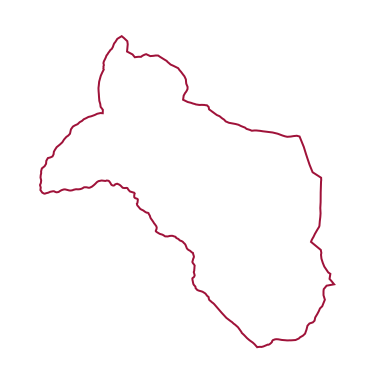 the district of Bara, Samchi, Bhutan, rotated 97°
{"feature_id": "84629894B92719198389791", "entity_name": "Bara", "entity_type": "district", "adm_level": 2, "iso_a3": "BTN", "parent_name": "Bhutan", "parent_adm1": "Samchi", "projection": "equal_earth", "projection_center": [88.859, 27.193], "detail": "fine", "context": "isolated", "style": "outline", "palette": "rose", "viewbox_px": 384, "rotation_deg": 97, "n_neighbors": 0, "source": "geoboundaries", "source_scale": "gbopen_adm2", "svg_char_len": 5869}
<svg xmlns="http://www.w3.org/2000/svg" viewBox="0 0 384 384"><g transform="rotate(97 192 192)"><path d="M338.1,108.4L337.8,107.9L337.7,107.0L337.4,105.8L337.3,104.1L336.6,102.3L334.7,99.0L334.3,98.4L334.3,97.6L333.7,96.5L332.2,95.1L331.2,94.4L330.0,94.2L329.4,93.8L329.0,93.4L328.4,92.1L328.1,91.6L327.8,90.1L327.7,88.4L327.9,84.9L327.7,79.5L327.1,75.3L326.3,71.2L324.4,68.1L323.1,67.1L321.1,64.4L318.8,62.5L314.7,61.6L310.7,61.1L308.2,59.4L306.7,56.2L304.8,54.7L301.5,54.4L297.7,52.7L294.5,51.5L292.0,50.8L289.5,48.8L286.0,47.9L282.7,47.0L278.4,48.9L274.3,49.4L272.4,49.4L268.6,47.0L266.3,39.7L263.6,42.5L261.5,44.9L256.4,44.7L255.2,47.0L249.9,51.6L246.5,53.5L242.4,55.4L238.6,56.3L236.7,56.2L233.8,57.1L227.0,67.8L225.3,67.4L223.2,66.6L221.9,66.0L220.4,65.5L218.6,64.9L216.5,64.0L214.6,63.2L211.1,61.6L210.0,61.4L205.4,61.6L201.3,61.6L197.5,61.8L192.3,62.7L186.4,63.1L180.3,63.8L176.8,64.2L165.9,65.2L164.4,65.2L162.1,65.6L157.7,74.7L150.7,78.6L145.5,81.1L140.4,83.5L133.7,86.5L123.8,92.0L123.4,94.8L124.1,97.9L124.9,100.6L125.6,104.2L125.4,106.4L124.9,109.1L123.7,114.1L123.1,119.3L123.1,121.9L123.1,124.4L123.1,125.9L123.1,127.8L123.1,129.3L123.0,131.6L123.1,135.9L123.3,137.5L123.9,140.1L123.3,142.2L122.7,145.6L121.6,147.3L121.2,149.0L120.5,151.6L119.6,154.1L119.2,157.1L118.8,163.8L117.8,167.2L116.3,168.9L115.2,171.1L113.4,173.9L112.6,176.7L107.9,185.1L105.5,185.9L104.1,187.8L104.2,189.0L104.1,190.4L104.3,192.6L104.7,195.5L104.6,198.9L104.3,200.0L104.1,201.7L103.6,203.9L103.2,207.2L101.5,212.1L97.3,212.0L96.1,211.5L94.6,210.9L93.3,210.1L91.9,209.5L90.4,209.0L88.2,209.2L85.2,210.9L83.0,211.4L81.0,211.8L78.1,213.6L76.5,215.2L74.1,217.5L72.5,219.3L70.8,220.8L69.0,225.9L68.1,228.8L67.0,230.4L65.9,232.1L65.0,233.1L63.6,236.2L61.6,240.5L60.7,242.2L60.9,244.5L61.6,247.1L62.2,250.0L60.8,254.3L61.5,255.8L62.8,257.8L64.0,259.0L64.4,262.0L65.2,265.2L62.7,267.8L60.5,273.6L53.2,273.8L50.2,274.6L47.4,278.4L45.9,280.8L49.1,284.8L50.6,285.5L52.5,286.4L54.1,287.4L55.6,287.8L57.6,288.2L59.8,289.1L61.0,290.3L62.8,291.2L63.9,291.9L65.9,292.8L66.9,293.5L68.3,293.8L70.3,294.4L73.1,295.4L74.9,295.6L76.8,294.9L78.0,295.2L79.1,295.0L80.4,295.0L81.2,294.5L84.2,295.6L87.7,296.7L90.4,297.1L93.8,297.6L97.6,297.5L100.2,297.5L103.3,297.0L106.2,296.4L108.9,295.9L112.8,295.1L115.8,293.8L118.6,293.1L121.3,290.5L124.7,290.2L124.8,292.5L125.9,295.6L127.4,297.9L129.1,301.2L130.1,303.9L131.7,306.2L133.0,308.3L134.8,309.8L136.4,312.0L138.6,313.8L140.2,316.4L141.6,318.2L144.6,319.8L149.0,320.2L151.1,321.7L152.6,323.4L155.5,325.4L158.5,326.8L161.0,328.9L164.0,331.8L167.1,333.3L168.9,334.0L171.5,334.0L173.7,334.8L174.9,336.7L175.9,339.2L178.8,340.4L181.8,340.3L184.3,341.4L186.9,343.9L189.8,344.3L191.8,344.0L193.8,344.2L196.2,344.1L198.9,343.1L201.5,343.1L203.6,343.7L206.0,342.7L208.5,342.7L210.9,340.5L211.6,338.6L211.6,337.9L211.0,336.7L210.2,334.6L209.9,334.1L209.1,332.8L208.6,331.3L208.2,330.0L208.1,329.0L208.4,328.3L208.7,327.2L208.8,326.4L208.5,325.2L208.2,324.4L207.8,323.9L207.3,323.4L206.1,321.7L205.5,320.5L205.0,319.3L204.9,318.5L204.9,318.0L205.1,316.3L205.4,314.2L205.4,313.7L205.4,313.0L205.0,311.4L204.7,310.6L204.2,309.8L204.0,309.1L203.6,308.2L203.3,306.8L203.3,306.0L203.2,305.4L203.1,304.5L202.9,303.9L202.7,303.1L202.0,301.7L201.8,301.3L201.1,300.5L200.5,299.7L200.4,299.1L200.2,297.6L200.2,296.9L200.4,295.4L200.2,294.1L199.6,293.1L199.0,292.1L197.9,291.0L197.2,290.3L195.8,289.1L193.7,287.5L192.6,286.1L192.3,285.2L191.7,283.4L191.6,282.6L191.6,281.1L191.6,280.1L191.6,279.4L191.4,278.8L191.0,278.1L191.0,276.5L191.3,275.7L192.6,274.4L194.0,273.4L194.7,272.8L195.1,271.8L195.2,270.9L194.9,270.0L194.5,269.6L194.0,269.4L193.6,268.9L192.9,267.3L193.2,266.4L193.3,265.8L193.5,265.3L194.0,264.2L194.7,263.2L195.7,262.0L196.2,261.4L196.3,260.4L196.3,259.7L196.3,259.1L196.1,258.4L195.9,257.6L196.0,256.6L196.7,256.1L197.8,255.1L198.4,254.4L199.1,253.5L199.2,252.7L199.4,251.5L199.6,250.6L199.7,249.5L200.4,248.7L201.4,248.9L201.9,248.9L202.6,248.9L204.1,248.7L204.6,248.3L204.9,247.8L205.1,247.3L205.2,246.6L205.3,246.0L205.7,245.1L206.3,244.8L209.0,244.8L209.7,244.9L210.3,245.3L210.9,245.1L211.7,244.8L212.1,244.5L213.0,243.5L214.8,241.6L215.2,241.1L215.9,239.2L216.2,238.3L216.4,237.8L217.0,236.9L217.2,236.5L217.7,235.4L218.0,234.6L218.0,234.0L218.0,233.3L218.3,232.6L219.0,232.3L220.6,231.0L222.2,230.3L223.2,229.7L224.7,228.3L226.4,226.8L227.8,225.7L228.5,224.9L230.4,223.2L231.6,222.7L232.4,222.7L233.1,222.7L234.8,223.2L235.4,223.1L235.9,222.4L236.2,221.8L237.4,219.1L237.6,218.3L237.9,216.4L238.2,215.5L238.6,214.6L239.2,213.6L239.3,212.8L239.2,211.9L239.1,210.9L238.9,210.2L238.2,208.4L238.0,207.0L237.9,206.2L238.0,205.4L238.3,204.1L238.5,202.9L239.1,202.4L239.6,201.9L239.9,201.0L240.1,200.3L240.6,199.4L241.4,198.4L241.8,197.4L241.9,196.5L242.6,195.0L243.6,193.9L244.1,193.1L244.9,192.3L245.3,192.0L245.8,191.7L246.4,191.4L247.1,191.0L248.3,190.4L248.8,190.0L249.3,189.4L249.9,188.5L250.6,186.7L252.0,184.7L252.3,183.7L253.6,183.2L254.5,182.8L255.6,182.3L256.3,182.2L257.7,182.5L258.3,182.7L259.9,182.9L260.6,183.0L261.3,183.1L262.0,182.8L262.5,182.4L263.8,181.1L264.7,180.4L265.1,180.4L266.4,180.4L267.3,180.3L268.4,180.3L269.8,180.2L270.4,180.3L271.3,180.5L272.1,180.1L273.4,179.6L274.3,179.2L274.8,179.3L275.7,179.5L276.4,179.9L277.3,180.9L277.8,181.1L278.3,181.0L279.2,180.8L280.0,180.5L281.3,180.1L282.2,179.8L283.4,179.3L284.2,178.6L285.1,177.5L285.7,177.0L287.0,176.7L288.0,175.5L288.5,175.0L288.9,173.9L289.1,173.0L289.4,170.9L289.7,169.4L290.7,167.2L291.0,166.6L291.9,165.5L292.9,164.7L294.3,162.7L295.9,162.3L296.8,161.8L297.2,161.5L298.2,159.9L298.9,159.0L299.6,157.7L300.5,156.4L308.3,147.8L312.8,142.5L315.6,137.7L316.2,136.5L317.6,134.6L318.4,133.1L320.6,129.9L324.8,126.0L325.7,125.5L327.6,122.9L330.4,119.5L332.1,116.9L333.1,115.1L334.0,113.4L335.5,111.3L338.1,108.4Z" fill="none" stroke="#9f1239" stroke-width="2"/></g></svg>